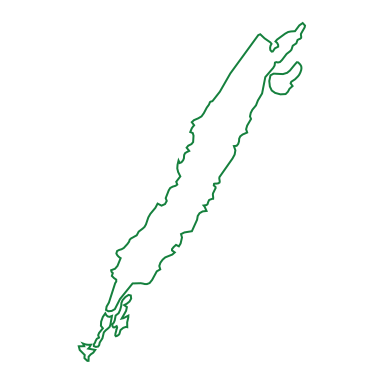 Isabel, orthographic projection, rotated 269°
{"feature_id": "SLB-1264", "entity_name": "Isabel", "entity_type": "Province", "adm_level": 1, "iso_a3": "SLB", "parent_name": "Solomon Islands", "parent_adm1": "", "projection": "orthographic", "projection_center": [158.985, -7.976], "detail": "fine", "context": "isolated", "style": "outline", "palette": "green", "viewbox_px": 384, "rotation_deg": 269, "n_neighbors": 0, "source": "natural_earth", "source_scale": "10m", "svg_char_len": 3958}
<svg xmlns="http://www.w3.org/2000/svg" viewBox="0 0 384 384"><g transform="rotate(269 192 192)"><path d="M351.0,297.8L356.7,302.2L359.0,305.6L356.4,307.9L354.6,307.5L348.4,303.8L347.5,303.6L345.2,303.9L344.2,303.8L343.3,302.8L342.8,301.4L342.2,300.2L338.8,298.9L336.5,295.3L332.5,293.9L331.1,292.6L328.4,289.0L322.3,284.2L320.4,282.2L320.0,280.2L320.4,278.5L319.9,277.2L317.0,276.8L314.7,275.4L305.6,267.3L289.3,263.8L282.4,259.5L277.5,257.5L273.2,253.8L270.0,252.1L266.6,251.3L264.0,252.3L257.4,248.3L253.8,247.2L250.5,248.2L248.6,243.6L246.8,241.2L244.5,240.1L241.8,239.9L239.2,239.0L237.4,237.4L237.2,234.7L232.9,236.1L228.7,235.3L224.8,233.1L206.4,219.7L205.2,219.5L202.2,219.9L201.0,219.7L200.2,218.4L200.0,216.7L200.0,215.1L199.8,214.2L198.2,213.9L197.4,214.7L196.8,215.5L195.6,215.7L190.3,213.0L189.0,212.8L186.2,213.1L184.9,213.0L184.9,212.4L184.0,209.7L183.6,208.9L181.4,207.9L179.7,207.4L178.7,206.3L178.3,203.4L177.0,204.4L172.8,206.2L172.4,202.3L170.7,199.2L167.9,197.3L164.2,196.6L152.8,191.2L151.7,183.7L150.1,180.3L146.7,181.2L140.7,179.7L137.9,177.9L139.4,175.1L137.2,172.6L135.2,171.0L133.9,171.0L131.9,173.7L129.8,171.2L127.1,164.1L124.9,161.5L121.9,159.2L118.6,158.0L115.2,158.9L113.3,155.4L104.8,150.6L101.7,148.0L100.7,145.3L100.8,143.2L101.3,141.3L101.7,139.2L101.6,131.0L86.3,118.2L76.2,112.8L74.5,109.7L74.2,106.3L75.6,104.0L78.9,104.6L82.9,107.0L102.2,113.6L103.8,114.7L105.7,114.7L107.4,112.4L109.5,110.4L112.3,111.4L113.1,110.6L113.6,110.2L114.2,110.0L115.2,109.8L116.6,113.7L119.4,116.2L127.1,119.5L127.9,118.3L129.2,116.9L130.7,115.8L131.9,115.3L134.3,116.1L135.3,118.1L136.0,120.6L137.2,122.8L141.1,126.5L143.4,128.2L145.4,128.9L146.6,130.2L149.7,136.0L153.3,138.0L156.3,142.1L157.9,143.9L160.4,145.4L167.4,147.9L170.9,150.0L176.8,155.1L181.0,157.4L178.9,161.3L180.4,164.8L183.5,166.6L186.3,165.6L194.1,168.8L196.4,170.3L197.7,172.8L198.5,175.7L199.7,177.4L202.5,176.4L207.8,180.6L212.2,178.5L215.8,177.7L219.4,178.0L223.7,179.1L221.2,180.2L221.9,182.0L223.9,183.7L225.8,184.5L229.1,184.8L230.9,185.7L232.0,187.5L233.1,189.9L236.4,187.4L238.4,189.1L239.9,192.3L241.9,194.0L248.3,194.5L250.9,193.8L252.0,191.3L255.7,192.9L257.1,193.9L258.7,195.3L261.8,193.0L263.8,195.2L265.5,199.4L267.4,202.8L270.6,205.2L276.2,208.3L278.8,210.3L279.3,210.6L281.5,211.5L282.0,212.2L282.4,213.8L282.8,214.3L291.8,221.6L309.9,232.4L347.7,261.0L348.5,263.0L344.3,267.3L340.2,273.0L338.7,274.1L337.0,273.1L334.8,272.6L332.6,272.8L331.0,274.1L331.1,275.2L334.2,277.4L335.8,280.7L337.6,280.7L339.5,279.8L341.1,278.1L342.9,279.7L348.7,287.9L350.3,290.9L350.8,293.7L351.0,297.8ZM317.6,297.0L319.9,299.1L319.7,300.4L317.6,302.4L315.8,303.4L314.0,303.6L312.0,303.3L309.6,302.4L307.3,301.2L305.7,299.9L302.9,297.0L300.5,293.2L298.9,292.5L296.2,294.4L293.5,291.3L290.5,289.6L288.3,287.3L288.1,282.1L289.6,276.9L292.1,273.5L296.1,271.7L301.6,271.2L307.3,272.5L308.9,275.7L308.3,285.0L309.5,289.2L311.7,292.0L317.6,297.0ZM82.3,119.5L85.1,120.7L88.2,123.6L90.2,126.8L89.6,129.0L86.5,129.3L83.6,127.6L81.4,124.8L80.1,122.2L78.1,124.9L74.3,124.0L66.7,119.5L67.1,121.4L69.5,126.2L67.6,126.1L62.8,124.9L58.0,124.9L58.3,123.7L57.4,120.9L55.2,118.1L51.3,116.9L50.5,116.2L49.6,114.9L49.1,113.4L49.9,112.8L51.8,113.0L54.9,113.9L56.0,114.0L56.4,114.4L58.0,114.8L59.2,114.3L58.0,112.1L58.0,111.0L59.3,110.1L61.2,110.1L62.7,111.5L65.0,112.5L69.8,113.5L72.1,116.5L75.4,118.1L79.2,119.2L82.3,119.5ZM58.6,107.3L57.0,105.6L55.3,103.4L53.2,101.4L47.3,99.9L43.1,97.1L40.5,96.5L39.1,95.4L38.8,93.2L39.6,91.2L41.2,91.1L43.1,92.4L45.1,93.2L46.9,94.3L48.0,96.5L50.5,95.7L52.8,96.7L57.3,100.5L59.8,98.6L64.0,98.9L68.7,100.7L72.2,103.2L70.3,104.2L69.0,105.6L68.6,107.4L69.5,109.8L60.8,108.1L58.6,107.3ZM42.4,80.3L41.7,82.1L41.2,84.1L41.0,86.2L41.1,88.3L38.2,86.6L37.2,85.6L35.8,92.5L33.1,90.5L31.4,87.9L29.2,85.8L25.0,85.6L25.0,84.4L27.7,81.6L29.1,81.6L30.9,81.9L36.0,77.0L39.7,76.1L39.7,81.5L40.5,81.2L41.8,80.7L42.4,80.3Z" fill="none" stroke="#15803d" stroke-width="2"/></g></svg>